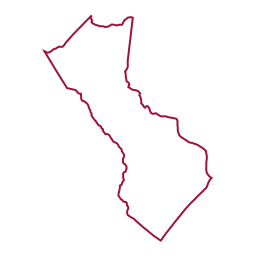 outline of Itaporanga d'Ajuda, Sergipe, Brazil
{"feature_id": "56859067B93540245616109", "entity_name": "Itaporanga d'Ajuda", "entity_type": "district", "adm_level": 2, "iso_a3": "BRA", "parent_name": "Brazil", "parent_adm1": "Sergipe", "projection": "orthographic", "projection_center": [-37.32, -11.059], "detail": "fine", "context": "isolated", "style": "outline", "palette": "rose", "viewbox_px": 256, "rotation_deg": 0, "n_neighbors": 0, "source": "geoboundaries", "source_scale": "gbopen_adm2", "svg_char_len": 3026}
<svg xmlns="http://www.w3.org/2000/svg" viewBox="0 0 256 256"><path d="M205.8,150.7L202.1,147.7L197.6,144.9L195.9,144.2L192.8,143.2L190.2,142.6L188.7,142.0L187.4,141.1L180.8,136.9L179.2,135.0L177.8,131.2L177.7,126.6L177.4,124.3L177.5,122.3L177.4,120.4L176.6,119.0L175.3,118.5L171.9,117.8L169.3,117.4L164.9,116.2L162.5,116.4L160.8,116.3L158.3,114.9L156.4,113.4L154.6,113.4L153.2,113.9L151.2,113.2L150.1,111.1L149.3,108.6L148.0,106.4L146.4,106.1L145.0,107.7L143.7,106.6L142.9,105.0L141.2,103.3L141.3,101.3L140.8,98.4L140.2,96.4L139.3,95.2L140.1,93.4L139.0,91.9L137.8,90.9L135.4,90.2L131.9,89.5L129.7,87.9L128.3,87.0L129.4,84.4L128.4,82.4L126.6,81.4L126.4,79.6L126.1,78.2L125.8,76.6L125.7,74.9L125.6,73.2L125.0,71.8L126.1,70.1L127.3,68.3L127.8,66.1L127.7,60.9L132.8,17.7L130.4,17.1L127.7,17.7L126.6,18.7L125.4,19.6L124.2,20.4L123.1,22.8L122.1,24.7L118.8,24.8L116.7,25.5L114.7,24.8L111.7,24.5L108.3,26.5L106.8,26.8L105.2,27.0L103.1,26.3L100.2,26.2L98.1,25.6L96.6,25.1L95.2,24.8L93.9,23.9L92.4,23.3L91.5,22.0L92.2,20.6L91.4,19.3L90.5,17.7L91.7,15.4L73.3,34.2L66.8,41.6L65.5,43.0L64.0,45.3L62.4,46.8L60.6,46.8L59.1,46.7L57.5,47.4L55.8,48.6L54.0,49.1L52.5,50.1L50.9,51.5L48.5,52.6L47.0,52.6L45.7,51.7L44.4,51.2L55.3,69.2L56.4,71.0L58.0,73.5L59.6,76.2L67.1,88.1L75.1,89.9L76.7,90.9L77.5,92.5L79.0,93.6L80.8,93.7L81.1,96.2L81.2,97.7L81.3,99.2L82.2,100.7L83.8,101.1L85.1,102.0L86.3,102.9L87.4,103.9L88.4,105.6L88.6,107.0L89.3,108.7L90.2,110.2L90.5,111.9L91.5,113.5L91.6,115.5L92.6,117.4L93.8,118.9L94.9,120.3L96.0,121.4L96.7,122.6L97.7,124.1L98.6,125.2L100.1,125.9L101.2,126.9L101.6,128.4L102.9,129.2L103.0,130.9L104.2,132.4L105.4,134.2L106.9,134.0L108.6,134.6L109.8,135.9L110.8,137.9L112.2,139.8L113.3,141.6L115.5,142.6L117.0,143.4L118.0,144.7L119.2,147.0L120.6,148.3L121.6,149.4L121.8,151.1L123.0,153.0L123.9,154.5L124.3,155.9L123.6,157.5L123.0,158.9L122.9,160.7L123.1,162.6L124.0,163.7L125.3,164.5L126.4,166.3L126.6,168.3L126.0,170.0L125.6,171.6L123.9,172.3L123.0,173.7L123.3,175.1L123.1,177.5L123.9,180.1L122.5,182.0L121.9,183.7L121.3,185.0L119.9,185.5L119.9,187.5L119.5,189.6L119.1,191.7L118.5,193.7L118.4,195.6L119.8,197.6L120.9,199.2L122.4,200.1L123.1,201.3L124.8,202.0L126.2,202.2L126.9,203.6L127.0,205.5L128.1,206.6L128.3,208.4L127.6,209.8L127.1,211.5L127.2,213.7L127.9,215.1L129.7,216.4L131.7,217.7L134.1,218.9L135.5,220.5L143.4,227.4L147.7,230.8L149.1,232.0L150.2,232.9L151.7,234.1L153.6,235.7L160.7,240.6L161.9,239.2L162.8,237.7L164.3,235.7L165.2,234.5L166.2,233.0L167.1,231.9L168.0,230.8L169.1,229.4L170.8,227.2L172.7,224.9L173.8,223.4L174.9,222.0L176.1,220.5L177.2,219.2L178.2,217.9L179.7,216.1L180.6,215.0L181.8,213.5L183.0,211.9L184.5,210.2L185.4,209.0L186.7,207.6L188.2,206.0L189.6,204.4L191.4,202.5L194.6,199.4L196.6,197.2L199.0,194.9L200.8,193.2L202.1,192.0L204.6,189.3L205.9,188.4L206.8,186.9L207.6,184.7L208.5,182.4L209.9,179.8L211.6,177.9L210.0,177.0L208.0,174.7L206.9,173.1L206.4,171.1L206.2,169.2L206.3,167.6L206.3,162.5L206.8,158.3L206.8,156.3L205.8,150.7Z" fill="none" stroke="#9f1239" stroke-width="2"/></svg>